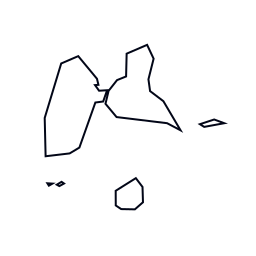 Guadeloupe, Natural Earth projection, rotated 23°
{"feature_id": "FRA-4603", "entity_name": "Guadeloupe", "entity_type": "Overseas department", "adm_level": 1, "iso_a3": "FRA", "parent_name": "France", "parent_adm1": "", "projection": "natural_earth1", "projection_center": [-61.48, 16.18], "detail": "coarse", "context": "isolated", "style": "outline", "palette": "ink", "viewbox_px": 256, "rotation_deg": 23, "n_neighbors": 0, "source": "natural_earth", "source_scale": "10m", "svg_char_len": 725}
<svg xmlns="http://www.w3.org/2000/svg" viewBox="0 0 256 256"><g transform="rotate(23 128 128)"><path d="M94.0,101.4L94.8,113.3L88.0,117.3L90.9,165.0L84.2,174.2L63.2,186.2L47.4,151.3L41.3,94.7L54.1,81.3L80.2,94.8L83.9,99.8L80.9,101.4L86.8,105.0L94.0,101.4ZM95.6,101.4L99.2,88.2L106.1,81.3L97.7,60.1L113.1,44.0L124.5,54.2L127.8,75.2L133.9,85.4L150.1,89.5L177.3,109.6L162.1,108.3L113.2,122.4L97.8,114.5L95.6,101.4ZM170.8,190.5L166.1,200.2L153.4,205.3L147.0,204.1L141.2,190.6L154.8,171.1L164.4,176.6L170.8,190.5ZM214.7,86.0L197.7,97.2L192.7,96.4L204.0,86.5L214.7,86.0ZM75.4,210.4L80.2,208.7L77.7,212.0L75.4,210.4ZM90.8,204.1L87.5,208.3L84.6,208.0L87.9,203.5L90.8,204.1Z" fill="none" stroke="#020617" stroke-width="2"/></g></svg>